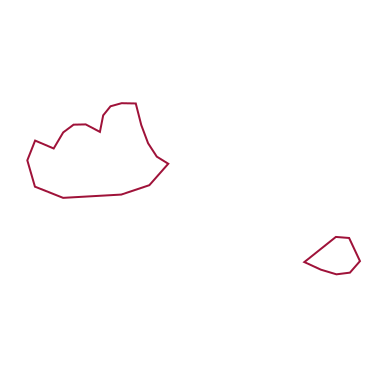 the state/province of Manu's, rotated 175°
{"feature_id": "ASM-4999", "entity_name": "Manu's", "entity_type": "state/province", "adm_level": 1, "iso_a3": "ASM", "parent_name": "American Samoa", "parent_adm1": "", "projection": "equal_earth", "projection_center": [-169.541, -14.22], "detail": "fine", "context": "isolated", "style": "outline", "palette": "rose", "viewbox_px": 384, "rotation_deg": 175, "n_neighbors": 0, "source": "natural_earth", "source_scale": "10m", "svg_char_len": 493}
<svg xmlns="http://www.w3.org/2000/svg" viewBox="0 0 384 384"><g transform="rotate(175 192 192)"><path d="M320.9,197.4L348.0,211.0L353.3,237.9L343.8,256.9L326.0,247.4L315.1,262.6L304.1,269.4L292.0,268.6L278.5,259.9L273.8,276.1L265.7,284.5L254.4,286.6L240.3,285.1L236.7,263.1L231.5,244.4L224.0,230.3L213.2,222.2L233.9,202.5L262.7,195.6L320.9,197.4ZM30.7,108.5L41.7,97.9L55.3,97.4L70.4,103.4L86.2,112.4L52.6,134.7L39.5,132.5L30.7,108.5Z" fill="none" stroke="#9f1239" stroke-width="2"/></g></svg>